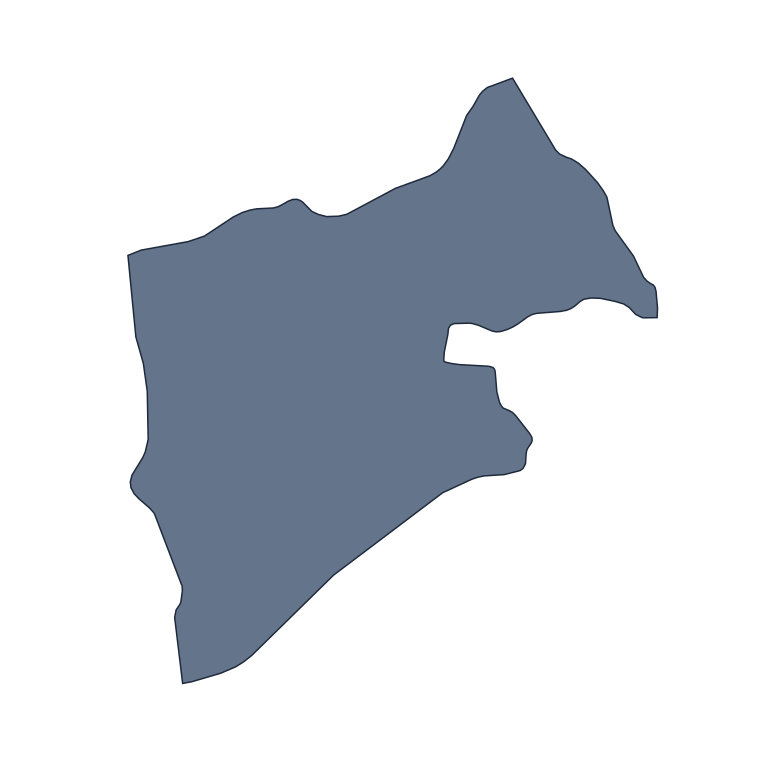 outline of Laghouat, rotated 95°
{"feature_id": "DZA-2193", "entity_name": "Laghouat", "entity_type": "Province", "adm_level": 1, "iso_a3": "DZA", "parent_name": "Algeria", "parent_adm1": "", "projection": "albers", "projection_center": [2.543, 33.694], "detail": "fine", "context": "isolated", "style": "filled", "palette": "slate", "viewbox_px": 768, "rotation_deg": 95, "n_neighbors": 0, "source": "natural_earth", "source_scale": "10m", "svg_char_len": 1905}
<svg xmlns="http://www.w3.org/2000/svg" viewBox="0 0 768 768"><g transform="rotate(95 384 384)"><path d="M278.2,650.3L271.7,637.4L259.2,591.5L252.3,575.8L230.8,548.8L225.5,540.0L222.3,532.3L220.6,526.1L218.3,509.7L216.9,505.6L214.8,501.9L210.5,495.8L208.1,491.0L207.6,486.8L208.4,483.7L209.8,481.0L218.3,471.0L220.8,464.3L222.2,455.7L220.8,444.0L218.2,435.9L188.1,389.7L172.6,356.6L168.7,350.9L165.0,346.9L161.3,343.9L154.0,339.5L143.3,335.1L109.3,325.1L99.7,319.5L88.0,314.2L83.9,311.4L79.6,306.9L68.1,282.6L136.0,233.4L139.6,229.1L142.1,222.4L143.4,217.0L147.1,209.5L152.7,201.9L164.7,188.9L172.6,182.2L178.5,178.2L206.1,169.8L211.2,167.0L234.7,146.7L255.2,134.6L258.5,131.0L260.3,128.0L262.0,124.2L264.0,122.5L267.9,121.1L284.7,118.1L294.1,117.7L295.5,131.9L294.4,135.2L292.6,139.5L286.4,146.4L283.4,152.2L281.6,160.8L279.8,175.8L280.3,185.4L282.2,192.4L285.0,196.1L289.7,200.7L292.4,204.1L294.6,208.4L296.4,214.8L300.3,238.0L301.8,242.4L304.7,246.9L312.7,256.1L316.0,260.7L318.9,265.8L321.5,272.2L322.3,276.7L321.8,281.0L317.2,295.2L316.0,301.7L316.0,304.6L317.7,319.4L319.6,322.9L323.0,324.6L329.1,324.7L346.8,326.7L354.5,326.6L356.0,326.3L356.8,325.0L357.7,318.6L358.1,310.5L357.2,281.7L357.6,278.6L358.4,276.4L359.7,275.2L362.1,274.3L382.0,270.9L392.2,267.3L395.3,265.4L397.6,263.2L399.7,256.6L401.3,253.3L404.2,249.9L420.7,234.5L424.3,232.0L427.4,231.5L429.9,232.1L435.0,235.0L437.2,235.9L440.4,236.3L451.1,236.1L456.1,238.2L458.4,240.9L463.8,256.4L466.8,276.1L468.6,282.2L471.2,288.2L487.2,316.1L578.7,417.5L665.9,492.1L672.8,499.4L678.6,507.0L686.3,521.4L697.4,549.7L699.9,558.5L634.8,572.2L627.2,571.4L621.3,568.1L619.0,567.4L607.8,566.8L602.2,567.6L601.4,568.3L532.8,601.6L528.0,606.7L519.5,618.4L515.1,623.3L509.3,627.1L503.4,628.2L496.7,627.1L478.3,617.9L472.5,615.9L459.7,614.1L411.9,619.2L384.6,625.5L358.7,635.3L278.2,650.3Z" fill="#64748b" stroke="#1e293b" stroke-width="1.5"/></g></svg>